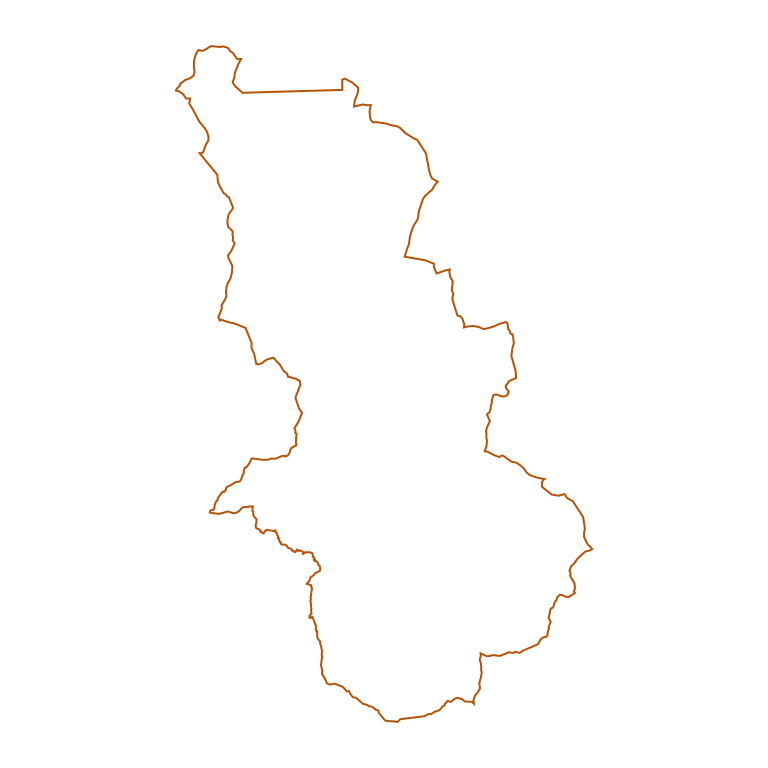 Sekyere South, Ashanti, Ghana
{"feature_id": "2480657B66267254954762", "entity_name": "Sekyere South", "entity_type": "district", "adm_level": 2, "iso_a3": "GHA", "parent_name": "Ghana", "parent_adm1": "Ashanti", "projection": "robinson", "projection_center": [-1.514, 6.995], "detail": "fine", "context": "isolated", "style": "outline", "palette": "amber", "viewbox_px": 768, "rotation_deg": 0, "n_neighbors": 0, "source": "geoboundaries", "source_scale": "gbopen_adm2", "svg_char_len": 6082}
<svg xmlns="http://www.w3.org/2000/svg" viewBox="0 0 768 768"><path d="M356.2,697.8L362.9,703.8L367.1,704.9L369.0,706.3L371.1,706.5L374.1,708.0L375.2,709.5L378.5,710.6L378.7,712.8L385.0,720.4L387.3,721.1L394.7,721.4L396.7,721.9L397.7,721.8L400.3,719.2L424.5,716.2L428.4,714.1L430.9,714.2L434.3,712.0L439.0,710.3L441.2,708.4L442.5,706.3L444.4,705.6L444.8,704.1L447.8,700.8L450.6,702.0L455.1,698.5L457.6,697.8L462.2,699.3L464.7,701.4L472.1,701.9L473.9,703.7L473.5,700.3L475.0,695.5L477.5,692.7L480.0,688.3L479.3,682.9L480.9,677.6L481.7,672.0L481.0,669.4L481.3,667.9L480.8,663.1L479.7,660.3L480.8,655.3L480.6,653.4L486.7,656.2L489.9,656.0L492.5,655.1L500.0,655.9L508.8,652.3L513.4,652.9L515.6,651.7L517.6,652.6L519.8,652.9L523.5,650.4L537.2,644.6L538.2,643.9L540.8,639.0L543.6,637.3L546.4,636.7L547.5,635.1L547.7,631.7L549.0,628.5L548.6,627.0L550.7,622.0L548.6,617.9L550.1,611.7L550.1,609.8L550.9,608.6L553.1,607.4L554.8,601.9L556.3,600.3L557.4,597.2L559.8,594.8L562.8,595.2L565.2,596.6L568.8,597.0L575.0,592.9L573.9,591.5L575.0,588.6L574.5,583.3L570.0,575.7L570.8,574.3L569.5,570.6L570.9,566.6L574.1,563.5L577.4,558.8L584.6,552.1L586.4,551.2L589.0,550.8L592.1,549.2L590.7,547.2L587.6,544.3L584.0,536.8L584.2,531.8L584.9,528.5L583.1,517.0L572.9,501.3L567.0,497.9L564.5,494.1L558.3,495.7L551.9,494.6L542.1,486.9L541.8,483.0L543.2,479.8L544.4,479.1L536.6,477.5L529.5,474.9L526.3,472.0L523.2,467.7L517.6,463.3L514.7,462.2L511.4,461.7L503.2,455.7L502.1,455.5L499.1,457.0L493.5,454.9L487.3,451.5L485.1,451.5L484.7,451.0L486.4,446.4L487.0,440.7L486.4,437.4L486.4,432.3L485.9,431.9L486.7,428.1L489.9,421.2L487.0,414.4L489.6,411.9L490.2,410.4L491.1,405.0L491.7,403.5L491.8,400.6L493.2,395.3L494.3,394.7L497.6,394.7L499.8,395.8L503.9,396.6L507.1,395.4L508.8,391.7L506.1,388.1L505.7,386.7L506.1,385.0L507.8,383.5L509.0,381.1L516.1,378.0L515.5,370.4L511.4,356.0L512.4,348.0L513.8,343.6L513.3,337.9L512.5,334.3L511.3,334.2L510.0,332.9L509.7,330.9L508.2,328.9L507.4,323.3L506.0,322.0L499.0,324.0L493.4,326.6L485.3,328.9L482.9,328.9L479.4,327.2L473.9,326.0L467.4,326.5L463.9,327.4L464.3,324.4L462.4,318.7L460.1,316.2L457.4,315.5L452.5,299.8L452.4,297.5L453.4,293.5L451.8,290.4L452.8,281.3L450.3,277.3L449.3,271.8L449.8,269.5L445.7,270.3L436.6,273.5L433.8,266.7L434.0,263.8L425.4,260.3L404.7,256.7L407.2,248.4L409.0,244.2L409.7,237.9L411.2,232.0L413.7,225.4L417.4,219.9L418.3,216.5L418.9,210.9L423.1,198.7L425.2,195.8L432.1,189.7L435.0,184.8L437.7,181.7L432.2,178.5L430.5,175.4L429.1,170.3L426.0,153.5L417.1,139.6L414.7,138.9L405.2,133.0L400.4,128.1L397.8,126.5L389.6,124.8L385.9,123.5L376.0,122.1L373.0,122.3L370.7,119.8L370.1,117.2L369.5,111.5L370.8,105.1L367.2,105.2L362.7,104.5L354.0,106.5L354.8,100.3L357.0,95.3L358.0,91.6L358.1,87.7L352.7,82.8L344.8,78.6L342.2,79.8L342.3,89.9L242.5,92.8L234.7,85.7L233.2,83.4L232.7,81.7L234.2,78.4L234.7,73.7L235.8,70.0L237.4,67.0L237.7,65.2L241.1,59.0L238.1,59.2L236.6,58.4L233.0,53.0L229.8,50.9L228.7,48.7L227.5,47.7L222.9,46.4L220.3,47.0L211.0,46.1L203.7,50.6L201.0,50.7L198.4,50.0L196.1,53.7L194.1,60.2L193.8,66.8L194.6,72.0L193.5,75.7L190.3,78.1L184.8,80.2L183.4,81.6L180.3,83.5L179.8,85.6L176.7,88.8L175.9,90.6L178.8,91.2L183.2,94.2L186.0,98.5L190.2,98.5L189.2,103.5L192.4,108.6L199.1,121.3L205.3,128.9L207.2,132.3L208.5,136.9L208.3,140.6L205.5,145.4L203.2,152.2L201.7,153.1L199.6,153.2L217.3,174.8L217.9,182.0L219.7,186.2L223.8,193.4L225.6,194.3L227.1,196.3L228.8,197.0L232.9,207.3L232.8,208.5L228.6,214.3L227.3,221.1L228.1,226.8L232.3,230.8L232.8,232.0L232.4,234.4L233.0,236.6L232.8,240.4L234.7,243.3L231.1,251.2L228.0,255.4L228.3,257.8L232.3,265.7L232.0,272.4L230.4,278.6L227.9,283.0L226.5,287.2L226.0,291.6L226.4,295.1L225.6,298.3L221.5,305.4L221.9,308.4L218.4,317.2L219.7,320.4L220.8,319.6L228.1,322.1L234.5,323.5L245.6,328.0L251.6,343.1L251.4,346.6L251.9,349.1L254.2,354.0L256.3,364.0L258.6,364.3L262.1,363.1L264.6,361.0L267.6,359.2L273.4,357.7L279.8,364.6L283.9,371.2L287.0,373.6L288.2,377.0L290.4,376.9L291.6,377.9L296.1,378.7L297.6,380.0L299.6,380.5L300.4,384.6L295.4,397.7L299.1,408.7L302.0,412.8L298.6,421.5L294.4,428.4L295.5,430.7L295.2,432.7L296.5,433.5L295.9,442.1L296.4,445.1L290.7,448.5L289.6,452.8L287.8,455.4L286.0,456.4L285.3,456.4L285.1,455.7L281.2,456.3L275.8,458.7L271.2,458.6L268.1,459.7L263.5,459.9L251.7,458.4L249.1,463.7L246.5,467.1L244.9,467.7L243.8,470.9L243.7,473.4L242.5,475.0L241.9,477.5L240.3,481.0L238.6,481.8L235.9,481.9L229.4,485.9L227.0,486.8L225.9,488.4L226.2,489.6L224.6,491.0L224.3,491.8L222.5,491.8L217.7,498.2L217.8,500.0L216.4,501.1L214.9,504.1L214.3,508.6L213.2,510.1L211.8,509.7L210.3,510.6L209.7,512.2L211.0,512.9L219.1,513.9L226.6,511.8L228.9,511.6L232.2,513.0L234.5,513.2L235.8,513.0L238.9,511.2L242.7,507.3L252.8,506.3L252.4,510.8L253.3,512.0L253.3,514.9L254.1,516.7L256.5,519.1L256.4,522.6L255.6,525.3L255.9,527.5L256.6,528.4L258.5,529.0L260.8,530.8L260.4,531.9L262.1,532.4L263.0,533.4L263.7,533.3L265.1,530.9L266.8,529.8L274.5,531.1L275.4,530.5L275.8,532.3L276.8,533.2L276.8,534.2L278.1,536.2L277.8,538.1L279.1,538.7L278.8,539.2L279.8,542.1L280.8,542.2L280.8,543.7L281.7,544.5L285.6,544.7L288.2,547.9L290.7,548.7L291.8,549.7L291.8,550.5L293.4,550.7L293.6,551.5L295.4,552.0L296.8,549.9L297.1,550.3L297.9,550.2L298.5,551.0L299.6,550.4L302.4,551.4L303.4,552.6L302.8,553.7L303.2,554.0L305.5,552.0L306.7,552.6L308.8,552.1L311.8,552.9L312.9,554.8L312.8,556.7L314.1,557.4L314.0,558.9L314.9,559.2L314.8,560.2L314.2,560.3L314.9,561.1L316.1,561.1L318.3,563.6L318.3,564.8L319.8,566.1L320.3,569.7L319.5,571.1L315.2,573.1L313.8,575.1L310.5,577.4L309.3,580.9L306.8,583.8L311.2,585.3L311.2,586.9L312.0,587.9L310.6,597.9L310.9,599.7L310.3,601.1L311.2,603.7L310.9,605.8L311.4,608.5L311.1,610.1L311.5,613.4L309.5,615.8L309.5,617.8L310.5,618.0L311.9,616.7L312.5,617.0L316.1,626.4L315.7,628.9L316.5,631.5L317.3,631.5L317.2,636.5L317.8,639.0L320.1,641.3L320.1,643.4L321.0,645.8L322.0,651.4L321.7,654.7L322.1,656.5L321.0,664.9L322.3,671.3L322.0,673.9L325.2,679.1L326.8,683.2L329.7,684.6L334.8,683.7L342.6,686.8L347.1,691.5L349.0,691.2L351.0,694.9L352.9,697.2L356.2,697.8Z" fill="none" stroke="#b45309" stroke-width="2"/></svg>